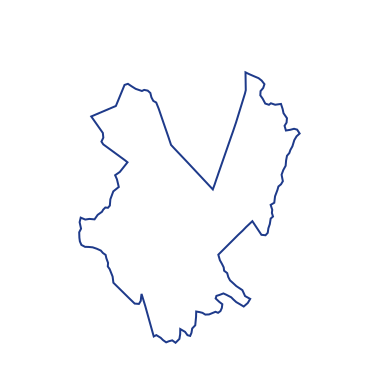 outline of Bonito, Pernambuco, Brazil, rotated 332°
{"feature_id": "56859067B60303107893945", "entity_name": "Bonito", "entity_type": "district", "adm_level": 2, "iso_a3": "BRA", "parent_name": "Brazil", "parent_adm1": "Pernambuco", "projection": "equal_earth", "projection_center": [-35.697, -8.487], "detail": "fine", "context": "isolated", "style": "outline", "palette": "blue", "viewbox_px": 384, "rotation_deg": 332, "n_neighbors": 0, "source": "geoboundaries", "source_scale": "gbopen_adm2", "svg_char_len": 2383}
<svg xmlns="http://www.w3.org/2000/svg" viewBox="0 0 384 384"><g transform="rotate(332 192 192)"><path d="M186.2,66.4L182.7,65.8L165.2,80.3L138.5,78.0L141.0,98.0L139.2,102.4L135.7,105.0L136.0,108.3L137.9,112.2L147.8,132.7L149.0,135.5L137.7,140.4L132.0,141.1L131.7,145.5L129.7,153.2L122.8,154.5L116.5,160.1L113.1,165.4L110.4,166.5L108.2,165.0L105.3,165.9L103.2,167.2L98.0,167.9L93.1,170.4L88.8,167.6L84.8,166.2L81.7,162.4L78.6,165.9L76.8,172.3L73.5,174.6L71.1,179.5L69.8,183.0L69.5,186.8L71.8,190.2L74.8,191.9L78.3,194.2L81.3,197.4L84.0,200.9L84.7,204.0L86.2,207.0L85.3,210.2L84.6,215.2L82.7,218.2L83.1,221.4L82.2,229.4L80.0,235.2L86.5,255.9L89.0,263.6L92.6,265.9L95.6,264.1L97.8,260.8L99.6,258.3L97.2,270.7L90.4,301.6L93.3,301.6L95.9,306.0L96.9,309.2L98.6,312.6L101.4,312.9L104.9,313.7L106.7,317.4L111.9,315.8L114.8,312.0L117.3,307.5L120.2,312.2L120.8,316.3L122.8,318.2L125.4,316.1L128.1,312.6L132.3,311.2L137.0,304.1L139.6,299.5L142.3,301.6L144.5,303.6L146.2,306.5L149.6,308.1L156.5,308.8L158.3,310.9L161.2,310.5L163.9,308.4L166.1,305.3L164.5,301.8L162.9,297.1L164.8,295.2L168.0,295.8L172.1,296.3L174.1,298.9L177.2,303.4L178.1,306.4L179.4,310.0L181.5,313.4L183.9,317.4L189.1,316.2L193.2,313.7L190.0,308.8L190.4,302.3L187.0,296.0L185.6,292.0L184.1,287.9L184.1,284.2L185.0,280.1L183.4,276.6L184.6,273.4L184.7,269.7L184.6,265.3L185.8,259.7L212.7,251.5L218.6,249.9L223.5,248.3L231.6,246.1L233.2,262.4L236.6,264.7L239.7,263.6L242.4,259.9L245.6,256.9L249.0,252.4L252.0,251.7L252.7,248.0L254.5,245.4L255.4,240.3L259.6,240.1L263.3,234.8L268.4,230.3L270.9,227.7L274.2,227.0L277.3,225.1L279.2,218.8L283.0,215.4L287.0,212.8L289.9,208.3L292.9,204.6L296.2,203.3L298.7,201.0L302.1,198.8L306.7,194.2L310.5,191.9L314.5,190.9L314.1,186.3L311.8,184.1L307.9,183.2L303.8,181.8L304.8,177.0L308.1,175.1L310.5,171.4L309.8,165.4L311.0,161.2L311.9,156.0L306.4,154.0L303.3,150.7L300.9,151.1L298.2,148.3L298.2,142.7L297.7,138.7L299.9,135.1L303.7,133.6L306.6,130.8L305.8,126.3L304.2,122.7L301.5,119.4L298.0,115.0L295.4,111.5L287.3,127.3L285.0,129.9L263.5,151.3L256.6,157.8L252.9,161.2L223.9,188.1L221.9,190.0L219.6,192.1L215.5,196.0L211.6,199.5L210.6,195.8L203.5,169.5L201.8,163.2L196.7,144.8L195.6,140.6L197.0,132.3L199.3,117.7L201.7,102.8L202.4,96.2L200.6,93.4L200.6,89.4L201.7,85.0L200.5,81.7L197.7,79.4L195.2,79.3L190.7,74.5L188.4,70.5L186.2,66.4Z" fill="none" stroke="#1e3a8a" stroke-width="2"/></g></svg>